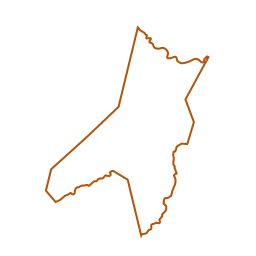 the district of Tomala, Lempira, Honduras, rotated 287°
{"feature_id": "27666195B14707888377394", "entity_name": "Tomala", "entity_type": "district", "adm_level": 2, "iso_a3": "HND", "parent_name": "Honduras", "parent_adm1": "Lempira", "projection": "orthographic", "projection_center": [-88.742, 14.255], "detail": "fine", "context": "isolated", "style": "outline", "palette": "amber", "viewbox_px": 256, "rotation_deg": 287, "n_neighbors": 0, "source": "geoboundaries", "source_scale": "gbopen_adm2", "svg_char_len": 5589}
<svg xmlns="http://www.w3.org/2000/svg" viewBox="0 0 256 256"><g transform="rotate(287 128 128)"><path d="M227.0,108.0L145.5,112.8L106.9,91.0L66.1,66.6L44.1,67.8L36.0,80.4L37.3,81.8L38.5,83.2L39.0,83.7L39.3,84.0L39.6,84.2L41.1,85.2L43.3,86.7L44.1,87.2L44.7,87.6L44.9,87.8L45.4,88.4L45.8,88.8L46.3,89.6L46.6,90.0L46.8,90.2L48.4,91.4L49.1,92.0L49.0,92.5L48.9,92.8L48.6,93.2L48.5,93.4L48.4,93.7L48.3,94.0L48.4,94.4L48.5,94.9L48.7,95.3L49.0,95.6L49.4,95.8L49.8,95.9L50.1,95.9L50.7,95.9L51.6,95.7L52.0,95.6L52.7,95.6L54.2,95.7L54.9,95.8L55.3,96.0L55.6,96.0L56.0,96.4L56.3,96.8L56.6,97.1L56.7,97.5L56.9,98.1L57.1,98.4L57.4,98.7L58.1,99.3L58.7,99.9L59.5,100.8L59.6,101.0L59.8,101.6L60.1,102.7L60.2,103.0L60.5,103.7L60.9,104.1L61.2,104.5L61.4,104.9L61.5,105.3L61.6,105.5L61.2,107.5L62.1,108.1L63.5,109.0L66.8,110.9L67.1,111.3L67.4,112.0L67.6,112.4L67.7,113.0L67.8,113.1L67.9,113.3L68.3,113.6L68.8,113.9L69.2,114.0L69.9,114.2L70.1,114.3L70.4,114.4L70.7,114.8L71.2,115.5L71.7,116.3L71.8,116.7L71.9,117.3L72.0,117.6L72.3,118.1L72.6,118.5L73.0,118.9L73.6,119.2L74.0,119.4L74.6,119.5L75.1,119.7L75.6,120.0L76.1,120.3L76.3,122.6L76.4,123.8L76.5,124.1L76.8,124.4L77.2,124.7L77.6,125.0L77.9,125.0L78.2,125.1L78.7,125.0L79.0,124.9L79.4,124.6L79.6,124.3L79.7,124.2L79.8,123.9L80.1,123.7L80.3,123.7L80.6,123.8L81.0,124.1L81.6,124.6L81.8,124.9L82.1,125.2L82.3,125.5L82.5,125.9L82.6,126.4L78.5,142.8L29.0,172.1L29.6,172.2L30.2,172.3L30.6,172.5L30.9,172.8L31.0,173.0L31.1,173.4L31.3,174.0L31.8,175.0L32.3,175.8L32.5,176.0L33.0,176.4L33.5,176.6L34.1,176.8L35.6,177.3L35.9,177.5L36.6,177.9L36.9,178.1L37.0,178.3L37.1,178.5L37.3,178.9L37.5,179.1L37.6,179.3L37.9,179.5L38.1,179.6L38.4,179.7L38.7,179.7L38.9,179.7L39.3,179.6L40.1,179.2L40.7,179.0L41.9,178.7L42.1,178.7L42.3,178.7L42.5,178.7L42.7,178.9L42.9,179.1L43.2,179.4L43.9,180.6L44.7,181.6L45.3,182.1L45.5,182.4L45.7,182.7L45.7,183.1L45.9,185.3L46.1,185.6L46.5,185.9L47.1,186.1L47.4,186.1L49.7,184.8L52.9,186.2L53.7,186.5L53.9,186.6L54.1,186.5L54.7,186.2L55.2,185.9L55.4,185.9L56.0,186.2L57.9,187.3L58.7,187.7L59.2,187.9L59.7,188.1L60.1,188.2L60.4,188.3L61.2,188.2L61.8,188.2L63.2,187.8L63.8,187.6L64.2,187.5L64.4,187.4L64.5,187.2L64.9,186.7L65.2,186.1L65.7,185.3L65.7,185.0L65.8,184.6L65.9,184.3L66.1,184.3L66.6,184.1L68.2,183.8L68.4,183.8L68.6,183.6L68.8,183.6L69.5,183.5L70.8,183.6L71.3,183.7L71.5,183.8L71.6,184.0L71.8,184.3L72.4,185.9L72.7,186.4L73.1,186.8L73.6,187.3L73.9,187.5L74.5,188.0L74.8,188.2L75.0,188.4L75.2,188.8L75.3,188.9L75.5,189.0L75.8,189.1L76.4,189.1L79.7,188.9L80.3,188.8L82.5,188.9L85.0,189.1L85.5,189.2L86.4,189.3L87.2,189.4L88.5,189.4L90.0,189.2L90.9,189.0L91.6,188.8L92.4,188.6L92.9,188.3L93.3,188.0L93.9,187.6L95.1,186.6L95.8,186.0L95.9,185.9L96.1,185.8L96.4,185.9L96.7,186.0L97.1,186.1L97.4,186.3L97.6,186.5L97.9,186.8L98.2,187.3L98.4,187.5L98.7,187.8L98.8,187.8L99.0,187.7L99.5,187.2L100.5,186.4L101.5,185.8L102.1,185.4L102.3,185.2L102.7,184.7L103.1,184.4L103.6,184.2L103.9,184.1L104.2,184.1L104.4,184.1L104.8,183.9L105.0,183.8L105.2,183.6L105.5,183.1L105.8,182.7L106.1,182.4L106.5,182.0L107.4,181.7L108.4,181.4L109.0,181.3L111.3,180.9L112.5,180.6L113.0,180.4L113.3,180.3L113.7,179.9L114.1,179.7L114.4,179.5L114.9,179.3L116.0,179.0L117.0,178.8L117.6,178.6L118.3,178.6L118.6,178.6L118.8,178.8L119.0,179.1L119.0,179.5L119.2,179.8L119.3,179.9L119.6,180.1L120.0,180.1L121.8,180.1L122.8,180.1L124.0,180.1L124.3,180.1L124.6,180.2L125.7,181.1L127.5,182.7L128.4,183.5L128.6,183.8L128.8,184.3L129.1,185.3L129.6,187.7L130.0,189.4L152.9,189.3L172.1,174.6L219.3,184.2L219.5,183.5L219.5,182.8L219.5,182.6L219.1,182.4L217.9,181.8L216.5,181.0L216.2,180.9L215.0,181.0L214.4,181.1L213.8,181.2L213.5,181.3L213.4,181.2L213.1,181.0L212.8,180.8L212.6,180.5L212.5,180.1L212.4,179.8L212.4,179.3L212.5,178.9L212.8,178.0L213.1,177.3L214.0,175.6L214.0,175.3L214.1,175.0L214.1,174.3L214.1,173.7L214.0,173.0L213.8,172.4L213.6,171.9L213.3,171.4L213.0,170.9L212.7,170.5L212.3,170.1L211.1,168.9L210.3,168.0L209.2,166.8L208.5,165.8L207.8,164.7L207.1,163.7L206.0,161.5L205.8,161.1L205.7,160.6L205.6,160.0L205.6,159.3L205.7,158.6L205.8,157.9L206.0,157.1L206.3,156.4L206.5,155.8L206.7,155.5L206.8,155.4L207.4,155.0L208.1,154.5L209.1,154.0L209.5,153.7L209.8,153.3L209.9,153.0L209.9,152.7L209.9,152.4L209.8,152.1L209.6,151.6L209.4,151.2L209.1,150.8L207.9,149.3L207.3,148.4L206.9,147.7L206.7,147.3L206.5,146.5L206.4,146.1L206.4,145.8L206.5,145.4L206.6,145.1L206.8,144.9L207.1,144.8L207.8,144.7L208.6,144.6L209.3,144.6L210.2,144.6L210.7,144.6L211.2,144.5L211.6,144.3L212.1,144.0L212.4,143.7L213.0,143.1L213.6,142.5L214.1,141.6L214.4,141.2L214.5,140.8L214.7,140.0L214.9,139.0L214.9,138.6L214.8,138.2L214.7,137.5L214.5,136.9L214.2,136.5L213.7,135.7L213.3,135.1L212.9,134.4L212.7,133.6L212.5,132.8L212.4,131.7L212.3,130.6L212.4,130.4L212.5,130.1L212.6,129.8L212.9,129.4L213.3,128.9L213.6,128.6L213.9,128.3L214.1,128.2L214.8,127.8L215.0,127.7L215.3,127.4L215.5,127.1L215.8,126.4L216.1,125.8L216.2,125.5L216.2,125.2L216.2,124.8L216.2,124.5L216.1,124.1L216.1,123.9L216.1,123.7L216.4,123.4L216.6,123.3L216.8,123.2L217.0,123.2L217.3,123.2L217.8,123.2L218.7,123.6L219.4,123.8L219.8,123.8L220.0,123.8L220.3,123.7L220.4,123.3L220.4,123.0L220.3,122.7L220.1,122.0L219.8,121.3L219.2,120.0L219.1,119.7L219.2,119.3L219.3,119.2L219.6,119.1L220.8,119.0L222.0,119.0L222.2,118.8L222.3,118.7L222.5,118.4L222.5,117.9L222.5,117.7L222.7,117.3L222.9,117.0L223.0,116.8L223.6,116.3L223.7,116.2L223.8,116.0L224.1,114.6L224.4,113.4L224.4,113.1L224.7,112.4L224.9,112.1L224.9,111.7L225.0,111.1L225.1,110.8L225.4,110.4L226.1,109.5L227.0,108.0Z" fill="none" stroke="#b45309" stroke-width="2"/></g></svg>